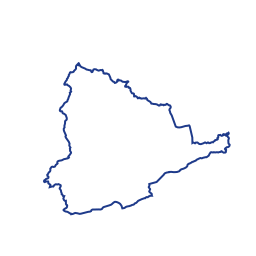 Vanduzi, Manica, Mozambique (Equal Earth projection), rotated 254°
{"feature_id": "85939544B72355494669336", "entity_name": "Vanduzi", "entity_type": "district", "adm_level": 2, "iso_a3": "MOZ", "parent_name": "Mozambique", "parent_adm1": "Manica", "projection": "equal_earth", "projection_center": [33.373, -18.898], "detail": "fine", "context": "isolated", "style": "outline", "palette": "blue", "viewbox_px": 256, "rotation_deg": 254, "n_neighbors": 0, "source": "geoboundaries", "source_scale": "gbopen_adm2", "svg_char_len": 5685}
<svg xmlns="http://www.w3.org/2000/svg" viewBox="0 0 256 256"><g transform="rotate(254 128 128)"><path d="M92.7,36.5L92.7,39.0L92.3,40.1L93.4,41.4L93.8,42.7L93.8,43.2L93.2,44.4L93.2,45.7L91.7,47.4L91.4,47.5L90.4,47.2L89.3,46.0L88.5,45.6L87.6,46.0L86.4,46.3L84.7,46.1L83.5,46.3L82.6,46.0L81.9,46.6L80.7,46.7L80.3,47.3L80.1,47.9L78.0,46.4L76.5,46.6L75.6,47.1L75.1,47.6L75.1,48.2L72.1,47.4L71.2,47.6L70.6,48.2L70.3,48.2L69.4,47.8L69.0,47.7L68.2,46.8L67.8,45.0L67.2,43.6L66.9,43.4L65.9,43.9L65.0,44.9L64.1,46.7L62.9,47.9L62.2,48.3L61.5,49.5L60.8,49.5L60.6,51.2L60.9,53.8L60.0,55.8L58.8,57.8L58.6,59.2L58.4,66.5L58.1,68.5L58.3,69.6L59.1,70.2L59.4,71.3L57.8,77.4L57.2,79.4L57.4,80.7L58.4,81.9L58.7,82.9L58.8,88.9L59.0,90.9L60.2,93.4L60.6,94.6L60.6,95.2L60.3,96.0L59.9,96.8L58.7,98.3L57.3,99.5L55.1,100.3L52.3,100.4L52.1,102.3L52.4,103.6L52.6,103.8L52.8,104.9L52.7,106.6L52.5,108.1L52.7,108.7L52.6,109.4L52.9,110.5L52.8,112.2L53.0,112.9L53.6,113.6L53.8,115.4L55.2,117.7L55.8,121.5L56.0,124.8L55.8,125.1L56.5,126.6L56.0,127.9L56.6,129.2L56.5,129.9L56.8,130.6L56.3,132.3L57.0,132.2L57.7,132.6L58.3,132.6L60.4,131.1L61.1,130.9L63.1,132.4L63.6,132.3L65.2,131.6L65.6,131.7L66.6,132.7L68.3,133.0L68.2,140.6L73.3,149.6L73.9,150.2L74.4,151.3L74.5,153.1L74.2,155.3L74.4,155.4L73.9,157.5L73.1,159.4L72.6,161.1L72.2,163.1L72.3,165.3L72.6,165.9L73.0,166.2L73.1,166.8L73.6,167.7L73.6,170.2L74.0,172.6L74.8,174.3L76.3,175.2L76.9,176.4L76.8,177.4L77.1,178.1L77.3,179.6L77.7,180.3L77.6,181.8L77.9,182.5L77.9,184.0L78.6,185.2L78.7,186.4L78.9,186.9L79.2,189.3L78.5,190.6L78.7,192.2L78.6,193.3L78.6,194.4L78.3,195.2L78.4,195.9L79.2,198.0L81.1,199.7L81.3,200.3L81.8,200.7L81.7,201.7L81.0,203.0L81.1,203.9L80.5,204.9L80.2,206.9L79.6,208.0L79.7,209.0L79.5,210.2L79.5,210.6L79.9,211.1L79.9,211.6L78.9,212.2L77.9,213.2L77.6,214.9L78.1,215.6L79.2,215.7L79.8,216.3L80.5,216.2L80.8,215.5L81.1,215.4L81.5,215.7L82.3,217.6L82.1,218.8L82.2,219.5L82.6,220.3L83.2,220.8L84.0,221.1L85.2,220.4L85.8,220.4L88.5,221.0L90.2,222.1L91.1,222.1L91.5,221.7L93.1,221.2L93.5,220.2L94.1,219.8L94.3,219.9L94.5,220.4L94.0,221.3L94.1,222.1L94.7,223.2L95.2,223.4L95.7,223.3L95.4,222.7L95.6,221.9L94.9,220.6L95.2,219.4L95.0,218.7L95.6,218.4L95.8,218.0L95.6,217.6L94.8,217.5L94.6,216.1L94.8,215.6L95.9,214.9L95.9,214.2L96.2,213.3L96.0,212.7L94.0,212.1L93.6,211.1L92.7,211.3L92.4,211.1L92.2,210.4L92.3,208.4L91.6,207.7L91.4,206.4L90.8,205.8L91.1,205.2L91.2,204.5L91.2,203.8L90.9,203.3L90.9,202.4L91.1,201.7L91.8,201.4L92.1,200.7L91.7,199.4L92.9,198.1L92.5,196.0L92.4,193.6L93.0,192.1L94.9,190.8L95.3,189.2L94.8,188.2L95.9,187.0L96.1,186.4L95.9,185.8L101.1,187.2L112.8,187.8L113.7,187.4L113.7,186.2L114.1,183.7L114.1,179.3L114.4,177.4L115.0,175.8L116.2,174.3L128.0,173.5L130.8,172.8L132.6,172.9L133.8,172.7L134.6,173.1L135.5,174.3L136.4,174.9L137.5,174.8L138.3,174.4L138.4,173.8L139.9,172.5L140.2,172.4L140.5,172.0L140.5,171.6L140.1,171.2L139.9,170.5L140.2,169.6L140.0,168.6L140.3,168.3L140.6,168.3L140.8,167.8L140.9,166.8L141.3,166.3L141.7,166.1L141.6,165.5L140.9,164.7L141.0,163.9L142.7,162.3L143.5,160.8L144.0,159.2L144.6,158.3L145.0,157.2L146.9,156.7L149.5,154.3L150.7,154.3L152.0,153.6L151.5,152.6L152.1,151.7L152.6,148.8L153.2,148.4L153.3,147.7L154.1,147.2L154.1,146.9L153.8,146.0L153.9,145.6L155.0,145.4L156.2,144.5L156.5,144.1L156.5,143.0L156.7,142.6L157.1,142.7L157.5,143.1L158.1,142.9L159.3,143.1L159.7,142.8L160.2,141.5L160.8,141.2L163.3,140.7L164.5,141.1L165.8,141.0L166.5,139.8L167.4,139.9L167.6,139.7L167.9,138.8L168.0,137.6L168.6,136.7L169.1,136.8L169.4,137.6L170.4,138.2L171.8,139.6L172.4,141.0L172.8,140.9L173.0,140.5L172.9,138.7L173.0,137.9L174.0,135.5L175.6,134.3L176.2,132.7L177.0,132.3L177.3,131.8L177.2,131.3L176.8,130.8L176.5,130.7L176.1,131.0L175.8,130.9L175.0,129.2L174.9,128.2L175.0,127.7L176.0,127.4L176.8,126.4L179.7,124.8L181.3,124.9L184.8,124.4L186.3,122.6L186.6,121.7L186.4,121.5L186.7,120.5L187.2,119.7L187.4,119.6L187.8,119.9L188.9,119.6L190.3,119.7L190.9,119.4L190.8,118.5L191.2,118.0L191.3,117.0L191.2,115.7L192.1,114.4L193.2,113.4L193.8,111.8L193.7,110.9L191.7,109.2L191.7,108.6L192.1,108.3L193.8,108.0L194.2,106.8L194.9,105.7L195.7,104.2L196.9,103.2L199.3,100.2L200.4,99.3L201.4,99.1L201.8,98.0L202.0,97.7L202.2,97.8L202.5,98.4L202.8,98.7L203.7,98.6L203.9,98.4L202.2,95.5L201.1,94.8L199.4,94.4L198.7,93.6L197.9,92.0L197.2,91.4L196.9,90.5L197.1,88.8L197.5,88.2L197.3,87.5L195.9,86.5L195.3,85.7L194.4,85.5L193.3,84.2L192.5,83.8L192.0,82.8L191.1,82.5L189.9,80.8L187.9,78.9L187.3,78.8L186.9,79.2L186.9,80.1L186.7,81.4L186.5,81.5L186.0,81.6L184.6,83.0L182.7,84.0L181.5,84.1L179.7,83.1L178.7,83.4L178.3,82.9L178.0,81.8L176.6,81.7L174.1,79.6L172.1,78.3L171.5,77.6L170.5,77.1L170.2,76.6L169.8,74.8L169.3,73.6L167.6,71.9L166.6,70.4L166.0,68.8L164.2,67.5L163.6,67.3L162.9,67.5L162.5,68.0L162.4,68.9L162.3,69.1L161.7,69.3L160.4,69.3L159.7,69.8L159.4,70.4L157.7,71.7L154.4,71.9L153.0,71.4L152.6,70.8L152.3,69.9L151.8,69.4L149.7,68.7L147.5,67.4L146.1,67.2L145.1,66.1L143.8,65.7L142.4,65.7L138.2,66.3L137.8,66.3L137.2,65.6L136.0,65.6L131.0,67.3L129.0,67.5L127.6,66.8L126.1,66.9L125.1,67.3L124.1,66.4L123.2,66.4L122.0,66.0L120.4,66.5L119.8,66.4L118.4,64.8L117.0,62.7L116.7,62.6L116.0,63.1L115.7,62.8L115.4,61.6L115.6,60.6L115.5,59.8L115.7,57.9L115.2,55.4L115.5,52.8L115.4,51.7L115.2,51.1L114.7,50.7L113.9,50.4L113.3,50.5L113.1,50.2L112.4,48.4L111.1,47.2L111.0,45.9L111.7,44.6L111.6,43.8L110.3,42.1L108.7,41.7L107.9,41.2L107.6,40.8L107.1,39.5L105.9,38.5L105.3,37.5L104.3,37.3L103.4,38.0L103.1,38.1L102.1,37.8L101.6,36.9L101.7,35.9L101.5,34.9L101.0,34.1L100.8,33.2L100.1,32.6L99.4,32.6L98.9,33.1L99.2,34.4L98.6,36.5L97.9,36.5L96.7,36.2L94.9,37.7L94.6,37.7L92.7,36.5Z" fill="none" stroke="#1e3a8a" stroke-width="2"/></g></svg>